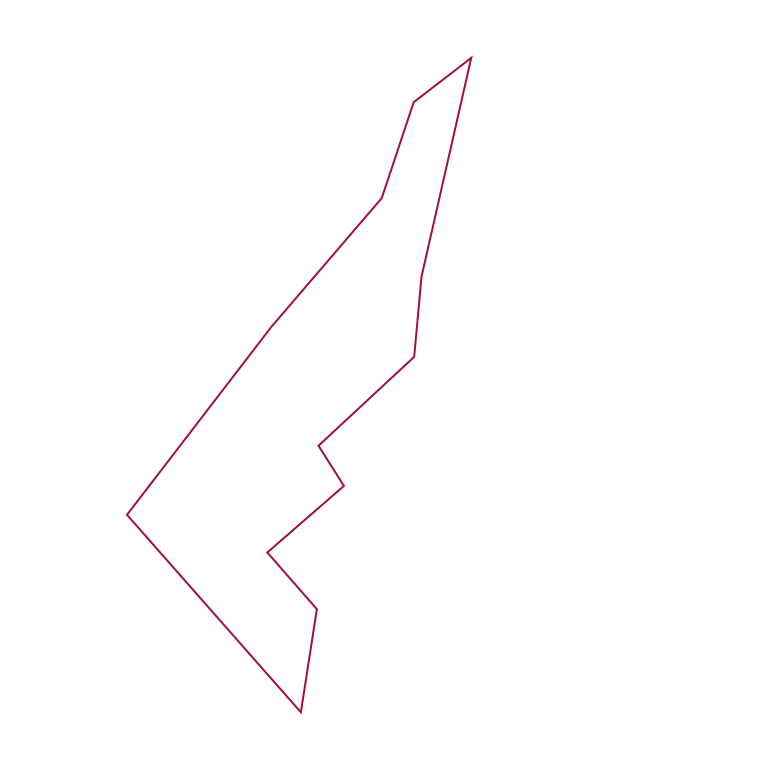 SVG path tracing the border of South Hill, rotated 319°
{"feature_id": "AIA-5122", "entity_name": "South Hill", "entity_type": "District", "adm_level": 1, "iso_a3": "AIA", "parent_name": "Anguilla", "parent_adm1": "", "projection": "natural_earth1", "projection_center": [-63.095, 18.202], "detail": "fine", "context": "isolated", "style": "outline", "palette": "rose", "viewbox_px": 768, "rotation_deg": 319, "n_neighbors": 0, "source": "natural_earth", "source_scale": "10m", "svg_char_len": 346}
<svg xmlns="http://www.w3.org/2000/svg" viewBox="0 0 768 768"><g transform="rotate(319 384 384)"><path d="M104.2,314.1L336.8,266.9L504.3,242.2L531.6,226.1L591.3,190.8L663.8,195.1L560.8,270.5L482.6,327.7L424.6,383.3L294.1,387.6L286.9,434.6L185.4,434.6L185.6,509.9L105.9,577.2L104.2,314.1Z" fill="none" stroke="#9f1239" stroke-width="2"/></g></svg>